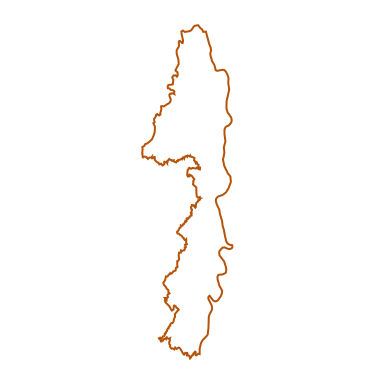 La Dorada, Caldas, Colombia (Equal Earth projection), rotated 355°
{"feature_id": "7082276B85380105057389", "entity_name": "La Dorada", "entity_type": "district", "adm_level": 2, "iso_a3": "COL", "parent_name": "Colombia", "parent_adm1": "Caldas", "projection": "equal_earth", "projection_center": [-74.751, 5.53], "detail": "fine", "context": "isolated", "style": "outline", "palette": "amber", "viewbox_px": 384, "rotation_deg": 355, "n_neighbors": 0, "source": "geoboundaries", "source_scale": "gbopen_adm2", "svg_char_len": 6094}
<svg xmlns="http://www.w3.org/2000/svg" viewBox="0 0 384 384"><g transform="rotate(355 192 192)"><path d="M183.2,78.4L182.3,83.1L177.8,83.4L176.9,84.9L177.1,86.6L178.7,86.9L179.5,88.2L182.7,89.3L183.2,90.6L182.7,91.9L182.9,92.9L181.2,91.9L179.6,92.4L178.9,92.1L178.2,92.7L177.9,93.3L178.0,94.7L178.9,97.9L178.6,99.4L178.1,100.3L177.2,101.3L171.3,104.3L169.6,103.8L168.6,104.0L168.7,106.9L167.3,110.6L167.3,112.1L166.2,112.7L166.1,112.3L165.0,112.3L164.1,111.3L163.0,111.9L162.6,113.5L160.5,116.1L160.8,119.3L159.5,120.1L160.8,123.7L160.1,128.8L159.1,131.6L156.9,135.7L156.0,136.7L151.4,139.9L149.8,140.0L148.4,142.0L146.5,142.8L146.5,145.3L145.8,148.7L146.1,149.4L145.7,150.1L146.1,152.2L145.8,154.0L146.6,152.6L147.3,152.5L149.0,152.9L149.8,153.9L150.3,153.8L151.0,155.2L152.6,154.0L154.4,154.1L155.0,153.5L154.8,154.4L155.1,155.0L157.1,154.8L157.4,153.7L157.9,153.8L157.8,156.9L159.0,158.4L160.4,159.8L161.2,159.9L161.8,161.6L163.6,161.0L164.0,161.3L164.1,162.2L165.1,163.0L166.8,161.9L166.9,160.6L167.4,160.3L166.9,159.8L167.1,159.4L168.7,160.2L169.2,160.0L169.7,160.9L169.7,159.4L170.5,159.5L170.6,158.7L172.2,157.1L173.0,158.0L173.9,158.1L174.8,159.2L175.2,158.7L176.6,158.8L176.4,159.4L177.1,160.4L178.7,161.1L179.5,159.9L180.5,160.2L181.0,159.7L181.1,158.7L182.7,158.9L184.2,157.9L184.9,158.6L186.2,156.8L186.8,157.6L186.8,156.9L187.5,157.2L188.2,156.1L189.1,156.1L189.4,155.6L190.2,155.7L190.4,156.2L191.0,155.3L192.7,156.3L193.5,155.5L193.7,156.5L197.4,158.2L196.8,160.7L197.3,161.0L198.0,162.9L198.8,162.4L199.4,162.9L199.1,163.6L199.4,163.5L199.6,164.5L200.9,165.5L200.5,166.8L201.1,168.0L201.5,168.6L202.1,168.5L201.8,170.2L200.5,169.7L199.8,168.6L198.8,168.2L198.6,168.8L197.7,168.9L194.5,168.1L193.1,168.8L191.4,167.7L190.6,168.2L190.5,169.1L189.5,169.9L188.7,174.7L189.2,175.9L189.1,176.9L189.7,176.0L190.2,176.0L191.0,174.5L191.3,174.7L191.4,175.8L192.4,175.3L193.1,175.7L194.4,178.1L195.5,179.3L194.1,181.3L194.4,181.9L193.6,184.5L196.7,187.8L196.3,193.6L196.4,196.9L197.4,198.0L198.9,197.8L198.5,198.5L199.7,198.9L199.0,199.1L199.3,200.2L198.6,200.8L197.5,200.7L197.1,202.0L195.4,203.2L194.9,204.9L194.2,205.3L194.6,205.7L194.3,206.4L194.6,207.1L193.9,207.9L192.0,205.2L190.9,205.0L191.0,205.7L189.9,206.4L189.7,207.3L189.7,208.6L190.4,209.2L190.4,210.1L189.6,211.6L189.8,212.1L189.3,212.4L189.8,213.6L189.6,214.3L189.2,214.1L189.5,215.4L187.9,215.9L187.3,217.2L186.6,217.1L185.6,218.4L184.8,217.7L184.5,217.8L184.0,220.4L183.3,220.3L183.1,221.0L182.7,220.5L181.1,223.3L180.0,223.5L179.8,224.5L178.4,225.0L177.9,224.5L177.6,226.3L176.4,226.7L175.0,229.3L173.5,230.6L174.0,232.1L175.4,232.4L176.1,233.5L177.9,234.7L179.0,236.8L179.7,237.1L179.9,238.1L180.6,239.2L181.4,239.2L182.1,238.6L182.0,240.7L181.7,241.2L182.3,243.5L180.9,243.6L180.3,244.1L181.1,245.3L181.1,246.3L180.8,246.7L179.9,246.7L179.8,248.5L179.3,249.3L178.2,249.3L177.2,249.9L175.9,249.3L175.6,251.4L173.8,251.3L173.2,253.8L173.3,257.9L172.3,259.4L171.3,259.6L170.9,263.9L171.1,265.1L170.8,265.8L169.8,265.8L169.3,266.3L168.8,268.8L166.2,269.6L165.3,271.0L164.3,271.5L163.3,270.8L162.9,271.9L161.6,272.2L160.4,273.9L159.2,274.2L158.7,273.9L157.4,277.7L155.5,279.9L155.6,281.0L156.4,282.7L157.8,284.5L158.3,286.1L159.9,287.7L159.8,290.0L160.7,291.0L158.8,292.1L158.6,292.9L158.8,294.8L157.8,295.3L155.7,295.2L156.1,295.8L155.9,296.4L157.4,296.9L157.2,298.0L156.2,297.7L155.5,298.2L156.1,299.8L159.4,303.7L161.0,307.4L161.7,308.4L163.4,307.3L164.0,303.9L164.4,303.5L165.7,304.2L166.6,306.1L168.0,307.0L168.4,307.9L168.0,308.1L168.0,308.7L167.4,308.9L164.3,312.2L164.2,315.0L163.2,316.4L162.3,319.4L161.2,320.8L159.7,321.0L158.8,322.0L158.8,322.7L158.1,323.2L158.1,323.8L157.0,324.4L156.8,325.9L156.2,325.8L155.5,326.5L154.9,328.5L154.0,329.0L153.6,330.3L152.9,330.4L152.8,331.2L152.4,331.2L152.3,332.3L151.6,333.2L150.5,333.3L149.0,335.3L147.6,334.3L146.3,334.8L146.7,335.7L147.3,335.8L147.7,336.4L148.0,338.2L148.9,338.2L149.4,337.5L150.3,337.4L150.9,336.3L151.7,335.9L152.6,335.8L153.2,336.3L153.5,335.1L154.3,334.5L155.4,336.0L156.2,336.3L157.3,335.8L157.0,336.6L157.1,337.7L156.5,339.3L156.2,339.4L156.1,340.8L156.1,341.6L157.0,342.7L156.6,343.9L157.1,345.2L158.0,346.3L159.2,346.1L160.6,347.3L161.7,345.5L162.9,347.0L165.1,345.8L165.6,345.9L166.5,346.9L169.6,353.2L170.0,353.3L171.2,351.6L173.2,351.9L173.4,352.7L172.8,353.0L172.5,353.8L172.7,354.5L174.4,354.5L175.0,355.0L175.6,357.6L177.0,356.2L177.4,355.0L178.7,354.6L179.2,353.1L181.2,351.3L181.8,351.9L181.1,354.1L181.4,354.9L182.1,355.1L184.2,353.6L185.5,354.1L186.0,348.6L187.8,343.3L189.7,340.5L194.2,336.6L195.2,335.4L196.5,329.2L197.9,317.5L199.0,315.1L201.5,311.3L201.9,309.9L201.8,307.0L199.1,300.2L199.0,299.1L199.4,297.7L200.5,296.9L203.7,302.0L205.2,302.9L206.3,303.0L208.0,302.4L209.8,300.6L211.9,297.8L213.1,295.2L213.4,292.9L211.1,287.6L209.9,281.4L210.0,278.6L211.1,276.8L215.3,276.8L218.2,275.7L218.9,274.8L219.4,272.5L219.2,269.5L218.0,264.1L213.9,257.5L213.8,254.7L214.2,253.2L217.5,250.1L219.5,250.0L222.8,251.7L224.9,252.2L226.7,251.5L227.5,250.2L227.4,248.5L225.1,247.9L223.0,246.5L222.0,244.6L221.1,239.4L220.5,232.9L219.6,228.5L219.4,223.2L217.9,216.3L217.7,212.3L215.4,205.9L215.0,202.4L215.5,200.8L217.3,198.9L222.5,197.5L225.9,195.3L228.8,191.3L231.6,185.4L231.6,179.8L229.3,176.5L226.4,168.8L225.7,162.4L227.7,155.7L227.6,150.5L229.7,144.4L229.4,137.2L229.8,132.6L231.1,130.3L232.6,129.4L234.2,129.1L236.2,127.2L237.2,126.1L237.8,123.9L237.5,121.1L234.4,115.8L233.6,111.4L234.4,104.6L238.0,93.1L237.6,86.6L238.3,81.6L237.5,78.1L236.3,75.1L234.9,73.4L233.2,72.9L227.5,73.5L226.2,72.7L225.4,67.5L223.4,63.5L222.4,57.7L222.2,55.8L223.3,52.8L223.2,49.8L222.1,46.4L219.8,33.4L217.2,33.5L216.2,30.8L214.8,29.7L212.7,26.4L209.3,26.6L208.1,27.5L205.4,30.8L203.3,31.6L198.7,31.9L197.0,30.4L195.4,31.2L195.4,33.9L196.3,40.1L196.0,41.9L195.6,42.8L195.1,42.8L193.2,40.4L192.4,40.6L191.8,41.8L191.9,44.5L191.4,46.3L189.4,48.8L189.0,49.9L188.8,53.2L190.0,58.9L189.9,63.3L186.1,69.3L186.5,70.1L188.0,71.4L187.9,74.7L187.0,75.8L185.8,74.4L183.7,74.3L182.4,75.9L182.3,76.6L183.2,78.4Z" fill="none" stroke="#b45309" stroke-width="2"/></g></svg>